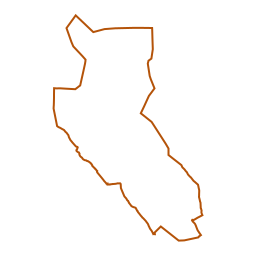 Siljan nor, Telemark, Norway (orthographic projection)
{"feature_id": "86288312B40873375407983", "entity_name": "Siljan nor", "entity_type": "district", "adm_level": 2, "iso_a3": "NOR", "parent_name": "Norway", "parent_adm1": "Telemark", "projection": "orthographic", "projection_center": [9.707, 59.31], "detail": "fine", "context": "isolated", "style": "outline", "palette": "amber", "viewbox_px": 256, "rotation_deg": 0, "n_neighbors": 0, "source": "geoboundaries", "source_scale": "gbopen_adm2", "svg_char_len": 4714}
<svg xmlns="http://www.w3.org/2000/svg" viewBox="0 0 256 256"><path d="M193.5,180.8L191.1,177.7L190.9,177.4L190.6,177.2L189.7,176.4L189.3,175.9L189.2,175.8L188.0,174.5L186.9,172.3L186.7,172.0L186.1,171.5L185.4,170.6L184.6,169.5L183.1,168.0L182.4,167.4L181.4,165.1L172.8,158.4L168.5,155.0L168.5,148.5L165.6,143.6L153.3,124.5L151.6,121.9L140.8,113.3L144.1,106.4L148.9,95.9L154.5,88.4L152.2,82.7L150.9,79.5L149.7,76.0L147.8,63.6L148.0,62.8L148.5,60.7L151.4,58.6L152.8,49.2L152.5,40.4L152.2,29.6L152.1,28.0L143.7,27.9L137.5,27.9L132.2,27.9L119.1,28.2L115.1,28.3L104.5,29.1L93.3,32.1L75.7,15.4L66.5,28.1L71.5,42.2L73.3,46.4L82.5,56.2L85.5,59.6L85.4,59.8L85.5,60.7L85.0,63.8L83.6,70.2L83.5,70.7L80.2,85.4L75.3,89.2L66.4,88.7L59.8,88.3L56.7,88.4L54.1,88.2L54.0,94.3L54.0,97.5L53.9,102.1L53.8,105.2L53.7,106.5L53.6,108.6L57.1,126.1L57.8,126.6L58.2,126.9L58.9,127.3L60.1,127.8L60.6,128.1L61.0,128.3L61.4,128.6L62.3,129.1L63.3,129.6L64.0,130.0L65.6,132.0L66.4,132.6L67.1,133.5L67.5,134.1L67.9,134.6L68.2,134.9L68.5,135.6L68.7,136.3L68.8,136.8L69.0,137.3L69.3,137.9L69.4,138.1L69.6,138.5L69.9,139.0L70.5,140.2L72.0,141.9L72.2,142.3L72.7,142.8L73.3,143.5L75.8,146.3L76.7,146.8L77.4,146.9L77.5,147.0L77.7,147.4L77.5,147.9L77.4,148.3L77.2,148.9L77.0,149.3L76.7,149.5L76.5,149.9L76.4,150.6L76.6,151.0L76.9,151.2L77.0,151.4L77.8,152.0L78.0,152.1L78.3,152.3L78.6,152.5L78.9,152.5L79.2,153.1L79.5,153.6L79.5,153.9L79.4,154.1L79.4,154.4L79.4,154.7L80.0,155.8L80.2,156.2L80.6,156.6L81.1,157.0L81.3,157.2L81.8,157.5L82.2,157.9L82.4,158.4L83.0,159.1L83.2,159.3L84.6,160.1L85.5,160.3L85.8,160.3L86.2,160.4L86.4,160.5L86.7,160.7L86.7,160.8L86.8,160.9L87.2,161.0L87.4,161.0L87.8,161.1L88.0,161.2L88.0,161.3L88.4,161.5L88.7,161.6L89.1,161.9L89.2,162.0L89.4,162.1L89.5,162.2L89.6,162.3L89.8,162.4L90.0,162.5L90.3,162.8L90.5,162.9L90.5,163.0L90.7,163.4L90.9,163.5L91.0,163.6L91.2,163.8L91.4,164.0L91.5,164.1L91.7,164.3L91.7,164.5L91.8,164.7L91.9,164.8L92.0,164.9L92.0,165.1L92.2,165.3L92.3,165.4L92.3,165.5L92.4,165.8L92.4,166.0L92.5,166.1L92.6,166.3L92.9,166.5L93.1,166.7L93.2,166.8L93.4,166.9L93.6,167.1L93.7,167.3L93.8,167.4L94.0,167.6L94.5,168.0L94.6,168.3L94.8,168.4L95.0,168.6L95.1,168.8L95.3,168.8L95.5,169.1L95.9,169.5L96.1,169.7L96.2,169.9L96.3,170.0L96.4,170.3L96.6,170.5L96.8,170.6L97.0,170.8L97.2,171.0L97.0,171.3L97.0,171.5L97.0,171.8L97.3,172.5L102.1,178.3L102.7,179.1L102.8,179.2L103.1,179.5L103.4,179.9L103.5,180.1L103.9,180.7L105.9,182.9L106.0,183.0L106.3,183.5L106.5,183.5L106.8,183.9L106.9,184.0L107.2,184.3L107.3,184.2L107.3,184.3L107.6,184.3L107.7,184.5L107.8,184.5L108.0,184.4L108.3,184.3L108.5,184.5L108.9,184.5L109.0,184.5L109.5,184.5L109.5,184.4L110.2,184.3L110.4,184.3L110.5,184.3L110.8,184.3L111.1,184.2L111.3,184.2L111.5,184.2L111.8,184.2L112.0,184.1L112.3,184.1L112.5,184.0L112.8,184.0L113.0,184.0L113.4,184.0L115.7,183.8L117.5,183.4L117.9,183.3L118.2,183.4L119.1,183.4L119.7,183.3L120.1,183.3L120.5,183.7L120.7,184.1L120.9,188.0L121.6,189.8L124.4,196.4L125.1,197.2L126.2,198.4L126.5,198.8L126.6,199.1L126.8,199.6L127.0,199.8L127.1,200.0L127.3,200.3L127.5,200.5L128.0,200.8L128.0,201.0L128.3,201.3L128.4,201.5L128.5,201.7L128.6,202.0L128.7,202.3L128.8,202.4L128.9,202.5L128.9,202.8L129.0,202.9L129.2,203.1L129.4,203.4L129.8,203.9L131.4,206.0L131.5,206.2L132.4,206.6L132.9,206.9L133.7,207.2L134.2,207.3L135.6,207.8L135.9,208.4L136.0,208.7L136.2,209.0L136.5,209.3L137.0,210.7L137.5,210.9L138.1,212.3L139.1,213.4L139.6,214.1L141.1,216.0L141.3,216.2L141.7,216.6L141.9,216.9L142.1,217.1L142.2,217.3L142.4,217.6L142.7,217.8L143.1,218.1L145.8,221.0L146.1,221.5L146.8,222.4L147.9,223.9L148.3,224.8L148.6,225.7L149.7,227.9L149.9,228.5L151.7,230.9L152.0,231.5L152.5,232.4L153.2,233.9L153.8,233.4L154.0,233.7L154.1,234.1L154.9,234.2L154.9,233.9L154.7,233.6L154.6,233.2L154.4,232.8L160.8,226.5L178.7,240.6L184.2,240.4L198.3,237.4L198.4,237.2L198.6,237.0L198.6,236.9L198.9,236.5L199.0,236.4L199.3,236.3L199.3,236.2L200.9,235.1L199.3,232.8L199.2,232.7L199.0,232.3L197.9,230.7L197.5,230.0L197.0,228.7L196.1,226.4L196.1,226.2L195.8,225.6L195.2,224.2L194.8,223.6L193.4,222.1L192.9,221.7L192.3,220.8L192.1,220.5L192.0,220.3L192.1,220.1L192.3,220.0L192.4,219.8L193.6,220.0L194.6,219.5L195.8,218.8L196.6,218.3L197.6,217.7L198.6,217.2L199.0,217.0L202.4,215.2L202.1,214.5L201.9,214.0L201.7,213.5L201.5,212.8L201.4,212.3L201.5,211.3L201.6,210.8L201.5,210.4L201.3,209.5L201.1,209.0L201.0,208.4L200.7,208.0L200.7,207.4L200.7,206.9L200.5,202.7L200.1,201.6L200.0,201.2L199.9,200.7L199.8,200.2L199.5,198.9L199.1,197.4L199.0,196.9L199.1,195.5L199.1,194.4L199.2,191.6L199.2,190.5L199.2,190.2L198.9,188.8L198.8,188.4L198.7,188.1L198.5,186.9L198.0,184.7L194.6,181.7L194.2,181.4L193.5,180.8Z" fill="none" stroke="#b45309" stroke-width="2"/></svg>